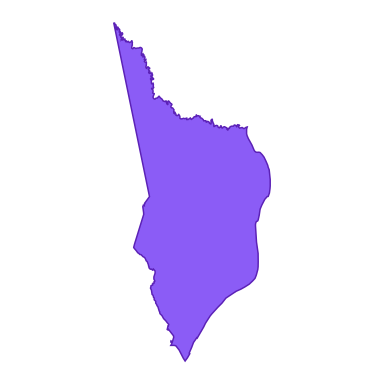 outline of Ponedera, Atlántico, Colombia
{"feature_id": "7082276B66723119854889", "entity_name": "Ponedera", "entity_type": "district", "adm_level": 2, "iso_a3": "COL", "parent_name": "Colombia", "parent_adm1": "Atlántico", "projection": "equal_earth", "projection_center": [-74.823, 10.604], "detail": "fine", "context": "isolated", "style": "filled", "palette": "violet", "viewbox_px": 384, "rotation_deg": 0, "n_neighbors": 0, "source": "geoboundaries", "source_scale": "gbopen_adm2", "svg_char_len": 5919}
<svg xmlns="http://www.w3.org/2000/svg" viewBox="0 0 384 384"><path d="M185.1,361.0L187.4,357.9L189.8,353.7L189.2,353.1L191.7,347.3L193.5,342.5L196.8,337.7L197.2,338.1L203.6,327.1L205.5,323.2L210.1,316.0L211.9,313.8L217.8,307.3L222.0,303.1L225.9,298.1L236.1,291.3L241.0,289.1L244.9,286.9L249.3,284.1L252.6,281.0L255.0,278.4L256.3,275.1L257.8,269.5L258.1,266.8L258.2,262.0L258.1,253.3L256.5,242.1L255.5,225.9L255.5,224.5L255.7,223.1L256.1,222.0L256.7,221.4L257.6,221.0L258.2,219.9L259.2,215.3L260.0,209.8L260.3,208.7L261.8,205.1L264.8,199.3L267.2,196.6L268.2,196.4L269.4,193.1L270.0,188.7L270.2,186.0L270.2,179.5L269.2,169.8L268.2,167.3L267.7,165.2L265.7,160.6L264.0,157.1L262.2,154.7L260.1,152.5L258.9,152.2L257.4,152.3L256.1,152.2L254.9,151.4L254.1,150.2L251.9,145.0L248.4,138.7L247.1,135.7L246.6,133.8L246.6,129.7L246.7,128.8L247.2,127.0L246.1,127.3L244.3,128.5L243.7,128.5L242.1,127.5L239.6,128.1L238.3,126.8L238.5,126.3L239.5,125.6L239.3,125.1L237.7,124.7L237.1,125.3L236.6,126.5L235.5,125.3L234.4,125.0L234.2,125.1L233.6,126.1L231.5,126.2L230.2,126.7L229.3,128.4L229.0,128.5L228.3,128.3L228.1,128.6L228.1,129.7L227.8,130.0L227.1,129.5L226.9,129.2L227.0,128.5L226.6,127.7L225.6,127.4L225.0,126.9L224.4,126.7L223.1,127.1L222.6,127.9L222.3,128.0L221.2,127.4L221.3,126.3L221.0,125.8L220.8,125.8L220.0,127.1L219.3,127.8L218.4,127.4L218.1,127.0L217.6,125.8L216.8,125.4L215.4,125.7L214.3,126.5L214.0,126.5L213.8,126.0L213.9,124.5L213.1,122.8L212.9,122.1L212.7,122.0L212.6,121.6L212.3,121.6L212.4,119.9L212.2,119.3L211.7,119.4L211.3,119.9L211.3,120.5L211.0,120.5L210.9,121.1L211.2,121.6L211.0,122.7L211.1,123.3L210.9,123.9L210.5,123.9L210.1,123.5L209.5,123.4L209.3,122.4L208.4,121.6L207.5,121.4L206.7,122.1L206.4,122.1L206.1,121.9L206.1,121.1L205.7,120.7L203.7,120.8L203.3,119.7L201.6,118.1L200.5,117.9L200.0,117.4L199.8,116.9L200.1,116.3L199.2,116.1L198.4,115.7L196.9,115.9L196.5,115.0L196.2,115.1L196.1,115.6L196.4,116.3L196.2,116.6L194.9,116.6L194.0,116.9L193.3,118.1L192.4,118.4L191.6,119.4L191.0,119.2L190.3,118.0L188.1,119.5L186.7,119.5L186.6,119.1L186.9,118.3L186.8,118.1L184.8,118.7L183.6,118.3L181.7,118.9L180.4,118.7L180.0,118.4L179.8,116.1L179.2,115.3L178.9,114.5L178.7,114.4L178.1,115.2L177.4,115.6L176.9,115.6L176.0,115.2L176.0,114.4L174.9,112.2L174.3,111.9L174.1,112.0L174.2,113.4L173.9,113.2L173.7,111.4L174.0,109.8L172.6,107.9L171.5,107.8L171.0,107.2L170.9,106.3L171.9,104.7L171.9,104.3L171.4,103.7L170.7,103.4L168.7,101.0L168.3,101.0L168.0,101.3L167.7,102.5L167.9,103.4L167.9,104.3L167.7,104.5L166.8,103.8L166.3,101.1L165.7,101.0L165.1,101.6L163.8,101.1L163.3,101.1L161.9,99.0L160.3,97.8L159.2,96.3L158.6,96.4L157.9,97.5L157.0,98.1L156.0,98.2L154.9,99.1L154.3,99.0L153.3,98.0L153.0,97.1L153.5,95.5L154.1,94.3L154.2,93.6L152.7,93.0L153.1,91.2L152.9,90.2L152.8,89.4L152.7,89.2L152.0,89.2L151.6,88.7L151.8,88.3L153.2,88.2L153.6,87.7L153.7,87.3L153.2,86.4L153.4,84.7L153.1,83.2L152.7,83.3L152.0,83.9L151.6,83.7L151.4,83.1L151.3,80.4L150.7,79.5L150.5,78.9L150.7,78.5L150.9,78.4L152.6,79.7L153.5,79.2L153.5,78.9L153.5,78.6L152.8,78.1L152.4,77.2L151.3,77.1L150.9,76.4L151.0,75.9L151.6,75.9L152.4,75.5L152.6,75.0L152.3,74.6L152.1,73.4L151.4,73.9L151.2,73.7L151.0,72.7L149.7,73.4L149.2,73.2L148.7,72.7L148.8,72.0L149.5,71.8L149.9,71.3L149.7,70.9L149.0,70.6L148.4,69.4L148.5,69.2L149.6,68.7L149.7,68.2L148.0,66.8L147.4,67.2L147.0,68.0L146.6,68.4L146.4,68.3L146.0,67.6L145.9,66.5L146.3,65.4L146.4,62.4L146.2,62.0L145.6,62.3L145.2,62.2L144.4,61.6L144.4,61.3L144.8,60.6L145.9,60.1L145.9,59.6L145.5,59.8L145.1,59.3L144.5,59.7L144.3,59.5L144.9,57.8L144.9,57.3L144.7,56.6L143.0,56.9L142.9,56.4L143.9,55.7L144.0,55.3L144.0,55.0L143.4,54.8L143.0,53.8L142.6,54.1L141.9,55.5L141.6,55.5L141.4,55.2L141.4,53.4L141.8,51.8L142.2,49.5L142.0,48.5L141.4,47.9L140.7,47.5L139.9,47.5L139.1,48.0L137.0,48.1L135.9,48.5L134.1,47.6L133.8,47.6L132.9,48.7L132.6,48.7L131.8,48.2L131.7,47.5L132.0,45.7L132.4,45.0L132.2,44.3L132.4,42.5L131.9,40.8L131.6,40.8L131.1,41.7L130.6,42.1L129.3,42.5L128.1,41.3L127.2,42.0L126.7,41.8L126.3,41.0L125.6,41.4L125.5,40.5L124.8,40.1L125.0,39.4L124.8,39.0L123.4,39.7L122.4,40.0L122.0,39.9L121.9,39.3L121.5,39.3L121.2,39.7L121.2,39.3L121.6,38.8L122.3,39.1L122.8,39.0L123.2,38.0L123.2,37.6L123.0,37.3L121.0,37.4L120.6,36.8L120.6,36.4L122.5,34.5L122.6,33.4L122.2,32.8L121.7,32.9L120.8,33.7L120.7,34.9L120.0,35.2L119.6,35.1L119.6,34.4L120.1,33.6L120.0,33.1L120.4,32.0L119.9,31.2L119.6,32.0L119.3,32.0L119.3,31.3L119.7,29.8L119.5,29.3L118.3,28.2L118.0,27.3L117.7,27.1L117.1,27.2L116.7,27.8L116.8,28.6L117.0,29.0L117.5,29.2L117.6,29.7L117.0,29.8L116.5,29.4L116.0,27.9L116.2,26.7L116.0,25.0L115.8,24.8L114.8,24.4L114.8,23.4L114.6,23.1L114.2,23.0L113.8,23.2L149.5,196.6L144.6,203.3L144.9,203.7L144.2,204.6L144.3,205.7L143.3,205.3L142.8,206.7L143.6,212.6L143.7,214.4L134.5,244.2L133.7,247.4L134.2,248.3L136.1,250.5L137.8,252.8L138.8,253.4L139.9,254.5L141.2,254.7L142.8,256.5L144.4,257.4L144.8,257.8L145.4,258.8L146.2,260.8L147.2,261.6L148.4,264.8L148.6,266.1L148.9,266.4L149.0,267.7L149.6,268.6L150.4,269.2L151.2,269.1L152.3,269.7L152.6,269.5L152.6,270.0L153.1,269.8L153.6,269.9L153.7,269.4L154.8,270.6L155.1,271.4L155.1,273.1L153.9,276.9L153.9,277.8L153.9,279.1L154.7,280.5L154.8,281.2L154.4,281.7L154.1,281.7L154.1,283.0L153.7,283.2L153.1,283.2L152.9,283.6L152.9,283.9L152.5,284.0L152.6,285.0L151.0,285.7L150.8,287.2L150.5,288.0L150.6,288.6L151.3,289.7L151.5,290.6L152.1,294.5L152.8,295.0L153.3,296.1L153.5,297.3L154.2,298.0L154.2,299.8L155.7,301.3L155.7,303.0L155.9,303.5L156.6,304.4L157.1,305.8L157.8,306.6L158.1,307.4L159.2,311.1L159.7,311.8L159.7,312.7L160.1,313.8L161.9,315.5L163.6,318.6L165.8,320.8L167.3,322.8L168.7,324.3L168.3,326.0L168.0,325.9L167.2,329.5L167.9,329.9L168.2,329.0L173.5,335.8L173.7,337.4L172.4,341.7L171.0,340.9L170.8,342.0L172.0,342.7L171.6,344.0L170.8,345.4L174.1,345.4L175.5,345.7L176.1,346.1L179.1,350.0L183.4,358.4L185.1,361.0Z" fill="#8b5cf6" stroke="#5b21b6" stroke-width="1.5"/></svg>